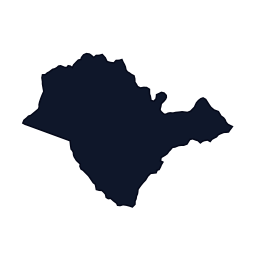 Maurilândia, Goiás, Brazil (Albers equal-area conic projection), rotated 353°
{"feature_id": "56859067B99555965012895", "entity_name": "Maurilândia", "entity_type": "district", "adm_level": 2, "iso_a3": "BRA", "parent_name": "Brazil", "parent_adm1": "Goiás", "projection": "albers", "projection_center": [-50.339, -18.044], "detail": "fine", "context": "isolated", "style": "filled", "palette": "ink", "viewbox_px": 256, "rotation_deg": 353, "n_neighbors": 0, "source": "geoboundaries", "source_scale": "gbopen_adm2", "svg_char_len": 2519}
<svg xmlns="http://www.w3.org/2000/svg" viewBox="0 0 256 256"><g transform="rotate(353 128 128)"><path d="M231.8,139.3L229.7,138.0L227.4,136.4L225.9,134.0L225.3,131.6L224.1,129.6L221.7,127.4L219.7,122.7L215.6,120.6L212.8,117.6L211.5,115.2L208.6,109.1L206.2,107.3L203.9,107.8L201.3,109.3L199.1,111.3L197.7,113.5L196.6,115.4L194.6,117.0L192.1,119.0L188.9,119.8L186.1,119.1L183.7,118.5L180.6,118.5L177.2,118.4L174.4,118.7L171.7,118.1L169.6,118.2L167.4,119.0L165.3,118.7L163.9,117.0L162.6,115.5L162.0,113.4L163.1,110.8L164.0,107.9L166.7,105.9L168.8,103.9L169.8,102.2L169.9,100.2L168.1,97.7L165.5,96.7L162.8,97.7L160.4,98.4L160.0,100.5L159.3,102.6L156.8,104.6L154.2,103.4L154.1,100.8L154.0,98.9L153.5,97.0L153.7,94.7L154.0,92.2L151.4,90.1L148.5,89.6L145.2,89.8L142.5,88.0L141.6,85.6L140.4,83.3L140.7,79.9L140.3,76.9L137.9,75.3L136.0,73.5L134.2,72.2L133.0,69.9L132.8,67.0L132.1,64.5L131.1,62.1L130.3,59.3L127.6,59.8L124.4,59.5L121.9,61.7L118.4,60.8L115.3,59.5L114.6,57.6L114.0,55.6L111.4,51.9L108.3,52.4L105.2,52.1L102.7,53.9L100.1,51.1L98.7,49.9L95.8,49.1L92.8,50.0L90.5,52.3L89.6,54.3L87.0,54.5L84.7,56.3L81.8,58.7L80.1,61.3L78.2,59.5L76.2,58.9L74.9,60.4L72.8,60.3L70.6,59.1L68.7,58.0L66.6,58.1L65.0,59.3L62.7,60.3L60.3,60.6L56.8,62.7L54.6,63.5L52.5,65.0L49.6,64.8L48.7,67.7L48.8,71.6L48.5,73.9L48.7,78.5L48.9,81.4L46.8,84.9L45.3,87.7L43.5,91.4L42.6,93.9L42.4,96.4L41.4,98.3L33.2,103.6L30.7,104.1L28.7,105.7L25.7,107.6L24.2,110.3L26.3,111.8L28.2,112.7L69.0,133.6L68.9,138.4L69.0,142.0L70.1,143.6L70.8,145.5L70.7,148.1L71.1,150.0L72.9,153.9L74.2,155.5L76.3,158.0L75.6,160.1L76.4,163.0L78.2,164.4L81.7,168.9L83.1,170.7L86.9,178.1L88.7,179.8L88.9,181.9L89.1,185.2L91.9,186.3L94.5,186.8L96.0,188.6L97.6,190.9L97.9,194.2L99.8,195.7L102.3,195.7L104.7,198.5L107.6,201.3L108.2,203.4L110.7,204.0L113.7,203.5L117.1,204.4L120.1,205.6L122.7,206.9L125.6,204.6L126.1,201.3L127.3,199.4L128.1,196.6L129.3,194.6L129.9,192.5L130.4,190.2L132.1,188.2L134.1,186.1L136.3,184.0L139.1,181.7L141.7,178.3L144.9,175.8L150.4,175.9L151.8,173.4L153.8,173.0L155.4,170.7L156.6,168.5L158.5,166.1L156.2,164.6L157.3,161.3L161.5,159.5L163.8,158.2L165.7,156.1L167.3,154.9L169.7,152.6L172.3,152.6L176.1,151.6L178.7,151.6L181.2,151.9L184.6,151.1L186.0,149.3L188.0,146.9L190.9,146.6L193.7,148.1L196.0,149.1L198.0,151.6L200.2,150.3L202.2,149.8L205.5,149.6L207.9,151.4L209.9,149.4L212.4,148.4L214.7,147.6L216.9,145.6L219.1,144.9L222.5,144.0L225.5,144.2L227.3,144.2L228.7,142.5L230.3,140.9L231.8,139.3Z" fill="#0f172a" stroke="#020617" stroke-width="1.5"/></g></svg>